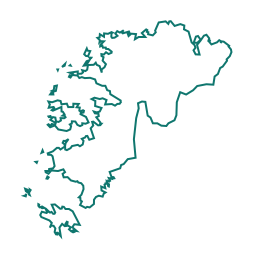 the district of Sengerema, Mwanza, United Republic of Tanzania, rotated 267°
{"feature_id": "72390352B95612948822264", "entity_name": "Sengerema", "entity_type": "district", "adm_level": 2, "iso_a3": "TZA", "parent_name": "United Republic of Tanzania", "parent_adm1": "Mwanza", "projection": "robinson", "projection_center": [32.45, -2.582], "detail": "fine", "context": "isolated", "style": "outline", "palette": "teal", "viewbox_px": 256, "rotation_deg": 267, "n_neighbors": 0, "source": "geoboundaries", "source_scale": "gbopen_adm2", "svg_char_len": 5719}
<svg xmlns="http://www.w3.org/2000/svg" viewBox="0 0 256 256"><g transform="rotate(267 128 128)"><path d="M166.8,215.5L174.9,217.2L177.2,220.6L183.1,223.2L184.4,225.8L190.0,230.4L191.4,230.1L194.4,233.4L198.4,235.3L201.1,234.9L204.1,232.7L204.8,233.3L209.2,228.1L209.6,226.1L208.0,224.9L209.6,225.6L210.9,223.7L208.9,221.4L207.1,215.7L210.0,213.5L210.8,214.4L211.8,213.9L210.3,213.7L210.8,212.8L213.3,213.8L217.0,211.2L216.2,208.6L212.0,205.4L216.2,202.7L215.7,200.6L209.8,198.1L209.4,201.6L211.6,204.2L210.9,204.5L207.4,201.3L197.6,203.3L198.0,199.4L202.2,197.5L204.5,199.5L207.2,198.9L210.2,196.0L221.1,193.5L223.6,189.1L227.4,189.6L229.0,185.7L227.5,179.9L232.4,176.3L232.3,174.8L229.9,173.7L232.5,171.2L231.8,164.2L223.8,160.2L222.1,160.7L219.2,157.6L220.6,153.0L222.6,153.3L223.0,151.9L224.8,152.4L225.5,151.3L222.1,146.8L218.0,150.0L218.3,143.4L216.3,139.6L221.4,140.9L222.0,136.2L219.8,133.4L222.1,132.7L223.0,134.5L224.3,134.0L222.8,127.7L223.7,126.8L225.8,128.8L223.7,124.9L225.3,122.3L222.9,120.3L220.6,122.3L218.9,119.3L218.8,116.9L220.0,116.1L223.6,116.5L224.0,117.6L224.6,116.5L223.1,113.0L223.7,109.1L220.4,108.8L223.1,104.8L220.0,104.4L219.6,102.2L217.1,104.5L214.9,104.0L216.1,105.6L215.8,108.5L212.3,104.6L210.9,104.5L211.6,106.7L209.5,107.2L209.5,110.0L208.1,110.3L207.9,112.5L205.1,115.7L204.0,115.5L202.9,112.5L204.8,110.0L202.6,107.7L203.2,105.3L201.3,105.3L200.0,107.3L196.6,106.2L192.9,109.3L189.9,107.7L187.8,104.7L184.7,104.7L191.3,102.9L192.7,100.1L194.9,99.2L192.9,97.1L193.0,91.3L188.4,90.3L187.1,88.5L188.1,85.3L185.9,86.0L184.7,84.4L184.7,80.6L187.1,80.8L186.3,72.6L184.6,76.1L183.7,76.1L183.0,80.4L180.5,82.0L181.2,84.6L180.1,87.4L180.1,92.8L178.2,97.7L174.3,98.8L171.5,104.4L171.3,107.6L166.9,109.2L165.8,111.9L162.7,112.1L155.8,122.1L154.4,122.0L154.8,122.7L152.6,120.9L152.6,118.6L151.0,116.2L152.8,113.1L152.7,106.4L157.1,108.0L159.0,104.2L158.4,101.3L160.0,96.1L158.8,93.2L156.7,96.8L151.7,96.3L149.4,102.6L146.0,100.7L145.2,97.7L146.2,94.8L144.4,95.7L143.8,99.2L141.4,99.4L140.4,96.9L134.8,100.8L133.5,100.3L133.5,101.6L132.3,100.5L132.2,98.3L136.2,93.6L136.0,92.5L132.3,93.4L129.6,90.7L119.6,93.5L118.3,88.7L122.2,87.0L122.1,85.5L120.8,84.7L119.6,81.3L117.5,82.9L113.9,81.9L112.3,79.0L113.8,77.0L112.9,71.1L110.9,69.6L109.1,65.8L109.8,64.2L113.2,64.2L116.2,64.9L120.0,68.0L118.3,64.8L118.5,63.0L116.6,62.0L114.9,63.9L112.7,63.8L110.1,59.4L111.8,57.9L111.9,56.0L108.6,51.7L106.9,46.5L105.5,46.8L105.2,49.8L103.7,51.2L93.8,52.7L91.6,51.0L91.2,47.1L89.2,46.8L89.4,43.3L88.1,43.5L86.5,46.2L89.6,49.2L88.7,55.9L90.1,61.3L87.2,62.8L85.6,60.3L82.1,61.2L82.1,65.1L78.6,68.3L77.1,73.0L77.5,74.7L76.2,75.5L75.3,78.4L72.7,80.3L69.3,80.4L63.8,78.0L61.3,75.3L60.9,76.7L58.0,76.8L57.1,78.1L53.6,76.1L50.4,81.5L51.4,83.0L50.7,85.6L53.9,90.0L58.2,90.3L60.8,92.4L61.9,95.3L60.8,99.1L63.7,100.3L64.8,102.2L67.0,98.3L70.9,98.2L69.1,102.2L72.7,101.6L73.5,103.3L73.8,101.7L73.9,103.9L75.9,103.9L75.1,104.7L76.3,105.2L75.5,106.4L76.2,107.4L79.0,106.2L78.2,108.8L79.1,108.4L79.6,108.9L78.2,109.3L78.5,111.6L79.7,111.0L79.9,109.0L85.1,107.4L88.2,118.1L91.4,119.2L92.2,121.8L96.9,126.1L97.9,134.0L116.5,133.3L137.4,136.7L147.0,139.7L152.2,139.3L153.7,143.3L153.2,146.7L139.3,148.3L137.3,151.0L131.4,153.1L131.1,157.6L128.6,161.4L128.0,166.4L130.6,168.6L133.3,174.8L138.2,177.0L151.2,178.1L161.0,182.0L158.4,187.8L162.3,195.0L166.3,199.3L167.6,208.6L166.8,215.5ZM135.9,48.8L135.4,48.0L132.8,50.3L134.4,55.1L130.2,58.3L128.2,66.5L129.6,70.2L132.9,71.3L134.6,70.1L135.4,72.1L137.6,72.3L137.2,75.8L133.8,77.6L132.4,80.2L133.3,82.5L135.1,82.6L134.5,85.9L135.6,88.9L141.3,86.6L144.3,81.3L145.4,81.6L145.8,84.4L147.5,84.9L148.1,84.0L147.1,81.2L147.9,80.3L150.9,80.9L151.4,77.8L154.6,80.0L155.1,74.7L151.8,74.5L152.0,69.4L155.5,68.2L155.2,62.8L158.5,62.1L159.3,59.1L157.7,53.6L158.6,49.9L155.6,51.2L152.4,49.9L152.9,54.8L151.7,55.4L149.8,52.8L149.2,53.9L152.5,62.6L148.0,62.5L147.6,63.8L145.0,65.3L143.8,63.4L143.4,65.5L142.0,66.2L141.1,64.9L141.4,61.2L139.0,61.4L137.7,59.0L138.4,56.4L142.2,56.0L142.8,53.6L140.2,50.9L136.8,56.1L135.1,55.4L136.0,52.1L134.3,50.9L135.9,48.8ZM45.7,35.8L43.6,36.8L39.8,44.7L37.2,46.9L32.6,44.7L34.6,46.2L34.2,48.6L31.5,50.2L28.0,49.3L25.6,50.5L25.4,51.5L27.1,51.4L27.1,52.4L23.5,55.2L32.1,54.3L35.7,57.2L33.3,59.7L33.4,61.1L35.4,60.5L37.6,62.0L37.2,62.8L34.2,62.1L31.8,65.7L29.9,63.8L27.9,65.8L28.6,67.7L27.2,66.9L26.7,67.7L27.1,69.1L28.3,68.7L27.8,71.4L31.8,67.2L34.7,69.4L33.8,74.7L47.7,68.4L50.2,64.8L50.4,61.3L52.6,59.8L52.9,58.3L51.0,57.6L50.9,56.1L55.5,51.0L55.4,47.8L47.4,50.9L46.2,50.1L46.2,48.8L48.2,47.2L47.6,45.7L52.3,41.1L48.0,43.1L47.4,42.2L48.9,37.6L45.7,35.8ZM204.0,88.1L202.2,89.7L201.8,91.8L206.8,94.3L207.4,91.6L209.5,91.0L204.0,88.1ZM169.8,55.9L169.0,53.9L168.2,55.5L168.8,57.9L174.1,59.2L173.7,56.6L169.8,55.9ZM196.9,90.2L192.6,87.1L192.8,89.6L197.7,93.0L196.9,90.2ZM72.7,22.1L70.3,22.7L69.0,24.3L71.5,24.7L72.7,22.1ZM167.3,55.0L167.0,53.1L165.6,52.0L165.4,55.2L167.3,55.0ZM195.4,68.6L192.5,65.3L193.5,68.0L195.4,68.6ZM52.6,40.3L54.1,38.1L53.6,36.3L52.4,38.1L52.6,40.3ZM182.2,71.7L181.4,73.2L183.2,74.6L183.7,72.5L182.2,71.7ZM81.8,44.0L81.5,45.1L82.9,46.2L83.8,45.0L81.8,44.0ZM73.3,104.7L70.9,105.2L70.6,105.8L72.7,106.1L73.3,104.7ZM110.2,41.5L107.8,40.4L108.4,42.1L110.2,41.5ZM65.7,20.7L65.1,22.3L67.5,23.1L66.0,21.9L65.7,20.7ZM143.7,49.2L143.0,49.6L143.0,51.7L144.0,51.2L143.7,49.2ZM99.1,35.5L99.0,34.0L98.0,35.0L99.1,35.5ZM200.3,93.2L199.5,93.7L199.8,94.9L200.1,95.1L200.3,93.2ZM56.6,34.5L55.0,34.4L54.3,34.9L56.1,35.3L56.6,34.5ZM193.3,74.0L193.9,73.7L193.5,73.2L193.3,74.0ZM71.1,27.5L71.6,26.9L70.5,27.1L71.1,27.5ZM190.1,60.6L189.4,60.9L190.1,61.2L190.1,60.6ZM67.6,25.9L66.7,25.7L66.3,26.3L67.6,25.9Z" fill="none" stroke="#0f766e" stroke-width="2"/></g></svg>